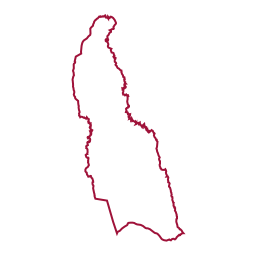 Flores de Goiás, Goiás, Brazil
{"feature_id": "56859067B75691575260014", "entity_name": "Flores de Goiás", "entity_type": "district", "adm_level": 2, "iso_a3": "BRA", "parent_name": "Brazil", "parent_adm1": "Goiás", "projection": "equal_earth", "projection_center": [-46.897, -14.586], "detail": "fine", "context": "isolated", "style": "outline", "palette": "rose", "viewbox_px": 256, "rotation_deg": 0, "n_neighbors": 0, "source": "geoboundaries", "source_scale": "gbopen_adm2", "svg_char_len": 5791}
<svg xmlns="http://www.w3.org/2000/svg" viewBox="0 0 256 256"><path d="M183.4,233.2L182.4,232.0L181.7,230.6L180.3,229.2L179.7,229.3L178.9,227.9L177.7,227.2L177.5,226.6L177.3,225.1L176.3,221.8L176.4,219.1L177.0,218.6L177.0,216.4L176.6,215.9L176.7,214.9L175.7,211.8L174.9,210.6L175.1,209.8L175.1,208.1L174.5,208.0L174.2,207.4L174.5,206.8L173.5,205.8L173.6,204.1L173.4,203.3L173.7,202.7L173.0,202.1L172.9,201.2L172.5,200.6L172.3,199.7L172.5,198.1L172.3,196.9L171.7,196.7L171.3,195.7L171.7,194.6L171.4,193.6L171.4,192.8L170.9,191.9L170.8,190.4L170.0,187.6L169.0,186.6L169.0,185.9L169.6,183.5L169.1,182.6L168.2,182.3L168.2,180.6L167.9,179.8L168.3,177.6L167.8,176.5L166.6,176.6L167.0,176.0L166.7,174.8L166.2,174.0L165.9,172.6L166.2,171.7L165.9,170.2L165.3,169.2L164.5,169.9L162.8,169.9L161.4,169.5L161.0,168.5L160.5,168.3L160.3,167.3L159.8,166.2L159.6,164.7L160.0,163.9L160.0,161.1L159.5,160.7L159.0,159.0L159.7,157.4L158.6,155.6L157.8,152.9L157.2,151.7L156.8,149.5L156.4,148.7L157.0,146.8L157.5,141.6L156.8,140.9L156.7,139.8L156.1,139.8L155.6,138.3L154.5,137.0L153.9,135.3L154.2,134.1L154.6,133.7L154.3,133.1L153.7,133.0L152.7,130.8L151.5,130.1L151.1,130.8L150.4,131.1L149.6,131.0L149.6,132.0L148.8,132.5L148.1,131.9L148.5,130.5L147.7,130.1L147.2,130.7L146.5,130.2L146.2,129.3L146.7,129.3L147.1,128.5L146.5,128.3L146.3,127.4L145.6,127.7L145.5,127.0L145.2,126.5L144.7,126.2L144.3,126.6L144.4,125.7L144.2,124.0L142.7,125.4L142.1,127.0L139.9,123.6L139.8,122.5L139.2,122.9L139.2,123.6L138.9,124.3L138.4,123.6L138.2,122.9L137.3,122.9L136.3,123.3L135.4,121.6L135.1,122.1L133.2,120.7L132.3,121.1L132.2,120.2L131.7,120.0L131.1,120.5L131.1,119.8L132.0,119.2L131.6,118.3L131.3,119.0L130.6,118.7L129.9,118.8L129.8,117.9L129.4,118.2L129.7,117.2L129.3,116.4L128.6,116.8L128.5,116.2L130.0,115.3L130.1,114.4L129.3,114.8L129.0,114.0L128.4,113.7L127.9,113.9L127.7,112.5L125.9,112.1L126.1,111.4L126.6,111.0L126.0,108.9L126.7,108.0L127.9,107.7L128.2,106.4L129.0,106.5L129.0,105.8L127.8,104.3L127.2,101.6L127.4,100.1L127.6,99.4L127.6,96.5L128.3,96.2L127.9,95.1L126.6,95.3L126.2,94.5L125.0,95.3L124.6,94.6L123.2,94.6L122.8,93.0L123.3,91.7L123.4,90.8L123.0,88.8L123.2,88.0L124.6,87.2L125.3,87.1L125.2,87.8L125.6,87.5L125.8,86.9L125.2,86.1L124.9,85.3L124.4,85.3L124.3,84.6L124.6,83.9L125.8,83.7L125.0,82.9L125.2,82.1L124.6,81.7L124.4,81.1L124.2,79.4L124.7,79.3L124.4,77.3L123.2,76.9L123.0,75.4L121.9,73.8L121.8,73.1L121.4,72.2L121.6,71.6L121.4,70.5L120.6,70.4L118.9,68.6L117.7,68.0L117.2,67.3L116.7,65.9L116.0,65.5L115.5,64.8L116.2,63.4L115.9,62.6L114.8,61.8L114.7,61.1L114.8,59.7L115.4,58.9L115.6,57.9L114.9,57.4L114.5,58.3L113.9,57.5L113.4,56.7L114.4,55.4L113.9,54.7L113.6,53.2L113.0,52.8L111.6,52.5L110.8,50.3L110.9,49.6L111.4,48.8L108.4,47.5L107.9,46.6L107.9,45.8L108.3,44.8L108.3,44.0L107.6,42.2L105.8,41.1L105.6,39.9L106.2,39.1L106.8,39.1L107.3,40.7L108.0,40.4L108.2,39.8L107.5,37.9L107.3,36.7L107.5,35.9L108.6,34.9L109.4,33.0L111.0,31.9L111.0,31.1L109.8,30.2L111.1,29.7L111.8,29.2L113.5,29.0L113.8,28.5L113.4,27.1L114.7,25.0L115.6,24.1L116.0,23.3L115.9,22.6L114.7,20.0L113.0,17.8L112.2,17.5L111.7,16.9L110.5,16.7L109.6,18.1L109.2,17.9L108.1,16.7L108.1,18.4L107.6,17.7L106.8,17.5L106.1,17.7L105.5,17.2L105.7,16.3L105.2,15.4L103.0,16.7L102.3,16.3L101.3,16.8L100.8,16.8L100.3,16.4L99.9,16.9L99.2,16.6L97.6,18.5L96.9,18.7L96.1,19.7L95.6,19.8L94.2,21.6L94.0,22.7L93.2,24.3L93.0,25.7L91.2,27.4L90.3,28.6L90.5,33.5L90.2,34.9L88.4,36.4L86.9,38.4L83.9,40.4L82.9,41.6L82.2,43.2L81.6,45.7L81.0,51.9L81.2,53.6L75.8,56.6L74.7,61.4L75.2,62.0L75.0,62.8L74.3,63.4L73.9,63.9L73.7,64.6L73.8,68.3L73.0,70.8L73.7,72.9L73.7,74.3L74.0,75.1L73.3,76.5L72.6,79.3L72.6,80.2L72.8,80.9L72.8,81.9L73.0,83.3L73.1,85.7L73.0,86.7L73.4,87.8L73.7,90.1L74.2,91.1L74.3,92.3L73.8,94.7L74.5,96.3L75.1,96.9L75.1,97.9L75.6,98.8L78.1,100.9L78.2,103.1L78.5,105.3L78.8,106.0L78.6,107.1L78.7,108.1L79.0,110.1L79.4,111.0L79.6,112.2L79.0,113.6L79.3,114.8L79.1,115.6L79.7,116.0L80.2,117.2L80.8,116.7L82.3,116.9L83.6,117.7L84.1,117.4L84.9,118.1L85.7,118.2L86.1,118.7L86.5,118.2L86.8,117.3L88.0,118.9L88.8,119.2L88.6,120.8L88.2,121.3L88.5,122.9L89.0,123.2L89.5,122.8L89.8,123.6L90.6,123.4L90.5,124.6L90.9,125.0L90.7,126.5L90.3,126.0L89.7,127.4L90.6,129.1L92.3,130.2L91.5,131.7L91.0,130.8L90.0,131.1L90.5,132.1L90.5,132.8L91.2,133.2L91.3,133.8L91.1,134.6L90.5,134.5L90.2,135.8L89.7,136.0L89.0,136.7L87.8,137.0L87.6,137.7L88.1,138.4L89.0,137.6L89.9,138.4L90.2,139.4L90.0,141.2L89.5,142.0L88.6,141.5L88.2,142.2L87.6,142.1L87.3,142.7L87.9,145.1L86.6,145.7L86.2,146.3L86.5,146.8L86.2,148.1L87.1,148.7L87.5,149.5L87.6,152.3L87.3,153.1L87.4,154.0L86.9,154.0L85.7,155.0L86.3,157.0L87.7,158.1L88.1,157.7L88.5,158.1L88.3,159.0L88.3,159.9L88.0,160.9L88.2,161.4L88.0,162.5L88.3,163.0L88.9,165.1L87.7,167.1L86.4,167.9L85.8,168.7L85.4,169.6L85.4,171.3L86.2,172.4L86.7,172.6L87.0,174.6L87.7,175.4L88.3,176.7L89.4,176.5L90.3,175.9L90.8,176.0L90.7,176.7L91.2,177.0L91.6,177.9L92.3,178.4L93.1,180.9L93.2,182.0L92.5,182.3L92.5,183.9L92.8,184.9L93.2,185.2L93.5,185.9L93.1,188.2L94.1,193.0L94.5,194.2L94.4,195.0L94.7,195.5L94.6,196.4L95.4,198.7L107.0,200.6L113.1,221.7L117.0,233.4L117.6,232.0L118.1,231.6L119.7,230.9L122.0,228.5L124.6,226.6L127.0,225.2L127.5,224.6L127.8,223.5L128.4,222.9L130.3,222.7L132.7,222.7L134.3,223.0L135.6,223.8L137.1,224.4L140.7,224.9L143.0,226.0L145.5,228.0L146.5,228.3L147.7,228.3L149.9,229.2L154.2,232.5L155.0,233.0L156.7,233.4L157.6,233.9L159.3,235.7L161.6,238.9L162.4,239.5L164.1,240.2L166.5,240.6L169.3,239.5L170.1,240.1L170.9,240.3L171.7,239.3L173.0,238.8L173.8,238.8L174.3,239.2L174.9,239.4L176.0,238.5L176.7,237.2L179.1,234.9L179.6,235.3L180.2,235.1L180.6,234.3L181.5,233.9L182.3,233.2L183.4,233.2ZM123.0,88.8L122.5,89.2L122.4,88.5L123.0,88.8ZM136.3,123.3L136.3,124.0L135.8,124.2L136.3,123.3Z" fill="none" stroke="#9f1239" stroke-width="2"/></svg>